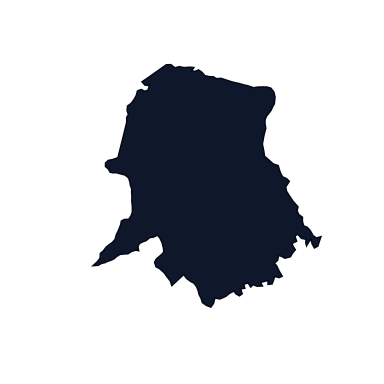 Vargem Bonita, Santa Catarina, Brazil (Mercator projection), rotated 147°
{"feature_id": "56859067B32510958714119", "entity_name": "Vargem Bonita", "entity_type": "district", "adm_level": 2, "iso_a3": "BRA", "parent_name": "Brazil", "parent_adm1": "Santa Catarina", "projection": "mercator", "projection_center": [-51.749, -26.945], "detail": "fine", "context": "isolated", "style": "filled", "palette": "ink", "viewbox_px": 384, "rotation_deg": 147, "n_neighbors": 0, "source": "geoboundaries", "source_scale": "gbopen_adm2", "svg_char_len": 2751}
<svg xmlns="http://www.w3.org/2000/svg" viewBox="0 0 384 384"><g transform="rotate(147 192 192)"><path d="M208.8,79.1L205.3,79.3L204.0,84.3L200.1,82.5L198.9,86.4L194.5,85.2L194.5,80.3L191.3,81.1L188.7,77.5L184.1,74.8L183.8,78.9L179.8,77.5L176.5,76.4L178.5,73.1L174.9,71.3L172.1,73.3L168.7,76.2L165.5,72.7L162.2,72.3L162.0,78.0L161.2,84.1L161.8,87.3L157.2,88.2L154.1,91.6L151.9,89.3L150.2,85.9L144.7,84.1L140.8,86.1L136.8,87.3L136.8,90.7L136.3,94.4L131.1,93.7L129.7,99.1L126.2,98.9L125.5,93.6L122.1,90.2L124.2,87.5L125.2,84.5L121.4,86.4L117.9,88.0L119.5,83.0L119.8,78.4L115.9,78.1L112.6,80.9L108.2,84.3L112.8,85.7L114.2,89.6L113.9,95.1L114.5,99.5L116.8,102.8L115.4,107.3L113.1,110.7L114.7,114.7L114.2,119.0L111.2,121.8L112.3,129.1L112.4,135.5L112.3,141.2L110.6,145.3L107.5,146.6L104.6,148.0L105.4,151.7L107.8,155.4L107.5,159.5L106.6,163.0L105.3,167.3L108.5,171.1L109.7,175.5L110.7,179.1L111.7,182.5L109.7,186.8L108.2,190.5L106.9,193.9L104.3,196.6L102.0,199.1L99.0,202.0L95.4,205.3L93.5,209.7L91.3,212.9L88.4,215.0L85.5,215.9L81.1,217.5L77.7,219.7L75.0,221.1L72.9,223.6L70.7,226.3L68.9,231.2L69.3,236.1L71.8,239.1L75.5,241.6L79.3,244.0L83.6,245.9L87.6,251.0L90.5,253.9L93.3,257.2L96.7,260.6L99.1,263.3L102.1,267.0L105.7,271.5L109.9,273.8L111.3,277.0L114.7,279.3L117.9,282.7L118.5,287.2L120.0,290.8L123.8,291.5L126.3,293.8L122.7,295.4L125.9,297.9L130.9,300.6L134.3,304.0L138.8,305.5L140.3,310.3L144.3,312.7L169.3,311.7L173.9,311.7L173.3,307.4L169.8,304.4L173.4,301.4L176.8,302.2L178.7,305.6L182.6,306.5L186.2,303.3L189.9,301.3L194.5,299.5L199.3,299.2L202.1,295.6L203.1,291.7L206.3,290.0L208.4,286.5L210.7,284.2L235.4,261.1L241.1,262.5L245.0,264.1L248.8,263.4L250.7,260.4L249.6,256.8L249.9,253.3L247.8,251.1L245.0,249.5L242.3,246.4L238.9,242.7L237.5,238.3L238.6,234.3L240.0,231.2L240.8,227.6L242.8,224.6L244.9,220.9L247.5,217.0L250.1,212.0L252.9,207.7L256.1,205.2L259.9,203.5L263.6,205.8L267.1,206.1L269.5,203.5L272.4,201.4L275.3,199.4L278.6,197.5L282.4,194.1L286.4,193.0L289.7,193.0L294.0,192.5L298.3,190.9L302.3,190.4L305.2,186.5L309.7,185.0L315.1,184.1L310.6,181.6L306.7,181.4L303.6,180.2L300.5,179.8L297.1,178.9L293.5,178.5L290.4,179.0L286.4,178.9L282.1,176.7L279.4,175.1L274.9,175.0L270.9,173.9L268.7,171.8L267.3,175.3L264.9,177.2L261.8,177.3L256.8,176.2L252.3,176.8L248.7,175.1L244.5,174.6L244.0,170.9L244.6,166.0L246.5,160.5L248.3,157.0L251.4,156.2L254.6,155.7L258.3,155.3L261.7,153.4L262.9,148.9L260.8,145.1L259.3,139.3L259.1,134.5L258.6,129.1L259.9,124.5L243.9,127.3L243.6,122.5L241.9,117.8L240.0,114.5L239.7,109.9L240.7,105.3L241.9,102.1L242.3,97.8L243.5,93.6L241.6,88.9L238.9,85.2L234.6,86.9L230.5,90.7L226.9,87.1L223.6,86.6L220.6,86.1L216.1,86.6L210.7,86.1L210.7,82.8L208.8,79.1Z" fill="#0f172a" stroke="#020617" stroke-width="1.5"/></g></svg>